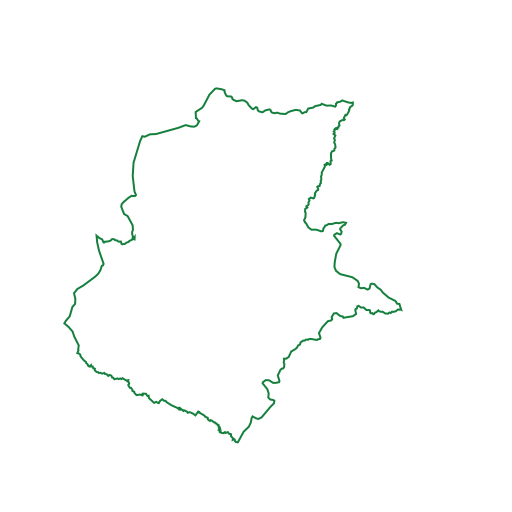 outline of Luiza, Kasaï-Occidental, Democratic Republic of the Congo, rotated 113°
{"feature_id": "63176286B81146580347594", "entity_name": "Luiza", "entity_type": "district", "adm_level": 2, "iso_a3": "COD", "parent_name": "Democratic Republic of the Congo", "parent_adm1": "Kasaï-Occidental", "projection": "albers", "projection_center": [22.518, -7.202], "detail": "fine", "context": "isolated", "style": "outline", "palette": "green", "viewbox_px": 512, "rotation_deg": 113, "n_neighbors": 0, "source": "geoboundaries", "source_scale": "gbopen_adm2", "svg_char_len": 6136}
<svg xmlns="http://www.w3.org/2000/svg" viewBox="0 0 512 512"><g transform="rotate(113 256 256)"><path d="M248.8,101.3L244.1,105.3L244.8,107.5L242.9,110.1L242.4,117.9L240.1,124.9L238.3,128.2L237.5,132.1L235.7,135.9L236.2,138.6L237.1,139.5L241.5,138.8L243.3,140.1L243.1,143.9L244.7,147.0L244.6,149.5L241.2,150.4L239.2,152.7L237.9,159.0L239.8,171.5L238.4,176.5L235.5,179.5L231.0,181.1L222.6,183.0L213.0,182.4L211.9,182.9L206.8,192.1L205.8,192.2L203.4,190.5L203.3,186.9L202.4,186.3L200.1,186.7L198.5,189.1L197.2,189.1L193.7,187.7L192.4,186.3L190.3,186.1L190.9,189.1L193.5,192.7L194.1,195.0L195.1,196.5L197.0,198.7L198.2,201.8L199.6,202.5L201.0,204.2L202.6,204.2L203.9,204.7L206.8,204.2L207.8,205.5L208.2,210.8L210.1,215.3L209.2,219.0L206.4,222.6L205.8,224.3L205.2,224.5L204.5,225.7L200.8,225.7L196.8,227.2L196.1,228.2L193.3,229.1L191.4,227.7L190.7,229.0L190.2,229.0L189.0,227.9L187.9,227.7L186.4,228.6L183.8,228.5L182.9,229.6L180.9,228.5L180.5,225.5L179.9,225.2L177.8,225.3L177.1,225.7L176.5,225.4L175.1,226.3L172.0,225.6L170.9,224.6L169.5,225.2L168.5,226.6L167.7,226.4L166.8,224.8L164.6,225.2L163.7,224.7L161.5,225.8L160.4,225.6L157.3,227.2L155.6,227.2L153.4,228.1L146.9,227.5L145.2,228.5L144.4,227.5L144.8,225.9L143.7,227.4L142.7,227.2L142.4,226.4L143.3,223.9L142.1,223.2L139.8,224.4L139.2,224.4L138.5,223.7L137.3,224.8L132.3,227.1L130.0,226.9L128.7,225.4L127.8,225.2L126.6,225.7L125.0,225.2L122.3,226.8L121.0,228.4L118.4,228.7L117.2,230.1L114.1,230.0L113.4,232.2L112.7,231.6L111.7,231.8L111.1,233.1L109.7,232.6L108.9,233.3L107.9,232.9L107.5,231.1L106.6,231.9L105.7,230.3L104.4,230.8L103.4,230.1L101.5,231.4L99.4,231.5L97.1,229.6L96.6,228.1L95.6,227.7L94.7,229.1L91.2,228.8L91.3,228.0L90.2,227.4L85.6,227.0L84.7,227.7L83.5,227.3L82.5,227.7L79.6,225.9L76.9,226.8L78.0,228.5L78.7,231.5L79.1,237.4L81.0,238.7L82.9,241.4L83.7,241.3L84.6,241.9L86.2,241.2L87.6,241.5L88.0,245.3L90.1,250.1L90.2,255.0L91.7,255.5L94.9,260.1L97.1,261.4L99.9,265.6L103.9,265.9L104.6,267.4L106.4,268.7L106.6,269.4L104.9,272.4L105.9,276.4L109.0,280.5L111.2,282.7L113.7,284.2L115.5,289.2L115.8,292.6L117.1,294.2L117.8,297.1L117.1,298.7L116.1,299.4L115.8,300.9L118.2,304.2L121.2,306.2L121.7,309.8L121.2,311.2L119.0,312.9L118.9,313.5L119.1,314.3L121.9,315.9L122.0,317.0L120.1,321.6L118.3,323.9L117.5,327.0L118.0,329.6L121.2,334.5L121.0,338.2L120.5,339.3L119.5,339.8L118.9,341.1L120.2,344.8L120.0,345.9L117.6,348.8L115.7,349.8L116.0,353.1L117.2,358.0L118.2,359.1L125.7,361.9L137.9,362.9L140.6,363.5L147.0,367.8L152.5,365.2L152.5,364.4L154.2,361.8L154.2,360.9L158.9,361.5L161.0,363.2L162.2,366.4L163.0,371.9L168.4,377.6L182.8,395.7L185.4,401.1L189.7,405.0L190.1,407.4L195.4,407.6L217.9,405.2L230.6,400.7L244.2,393.0L246.7,390.3L247.9,390.7L249.1,393.1L249.2,394.1L252.3,396.1L258.1,399.0L260.8,399.9L263.3,399.3L268.9,393.8L269.4,389.8L275.9,381.6L279.7,379.6L282.1,379.4L284.2,378.6L286.1,376.9L287.9,376.6L287.3,375.4L286.0,375.1L288.2,374.3L288.5,376.3L289.8,376.7L291.5,378.4L293.0,378.9L294.3,380.5L296.1,381.4L297.5,383.8L297.3,384.6L295.5,386.0L296.5,388.3L296.0,390.0L296.5,391.9L296.0,392.8L296.4,394.5L297.0,395.3L298.6,395.8L300.2,397.5L301.8,400.6L302.7,400.8L303.1,401.6L300.8,404.1L300.7,407.2L299.6,410.7L305.4,407.6L312.4,402.6L322.8,393.2L324.4,393.2L325.3,394.1L330.0,393.7L334.0,394.3L337.9,396.0L350.6,403.4L356.1,407.5L361.3,409.0L366.3,405.4L370.9,403.8L374.5,405.1L384.4,403.9L389.9,405.7L392.9,406.1L394.6,400.7L397.2,395.3L401.0,392.0L407.6,384.2L411.2,383.3L412.0,382.6L415.2,382.5L415.0,380.5L415.5,379.2L417.0,378.2L419.3,373.7L420.1,371.0L420.9,370.4L421.6,368.5L422.6,367.7L422.9,366.3L421.0,365.3L422.2,364.7L421.5,363.2L422.9,362.0L422.7,360.3L424.2,359.8L425.0,357.5L424.7,355.7L425.1,354.9L424.3,353.6L424.4,351.7L422.9,349.9L423.6,348.9L423.2,347.2L424.1,345.1L422.8,344.5L422.6,343.0L422.8,342.2L424.1,340.9L423.8,339.9L424.8,338.2L422.8,335.6L423.0,334.4L421.8,333.1L421.9,331.8L420.7,331.2L421.3,326.6L420.3,325.1L421.7,325.0L421.7,324.0L423.1,322.8L424.7,323.2L425.1,322.7L426.6,320.6L426.2,319.6L427.3,317.6L428.6,316.9L428.5,315.1L429.7,314.2L430.7,311.6L428.9,308.6L428.6,305.9L427.7,305.9L427.5,306.7L426.9,306.5L425.8,303.4L427.3,301.2L426.6,300.2L428.6,299.1L431.0,292.4L429.2,290.8L429.6,288.4L429.2,287.9L427.1,287.8L424.5,286.3L425.2,284.1L424.7,282.7L425.6,280.5L426.4,275.6L426.6,268.4L427.4,266.8L427.2,266.2L425.8,267.5L425.5,267.1L427.0,262.3L426.1,262.0L426.2,258.9L427.0,257.6L425.9,256.5L425.6,254.9L425.7,252.2L426.4,249.5L421.9,248.4L422.4,247.6L421.9,247.1L422.3,246.7L423.1,240.9L423.8,240.0L423.8,237.2L425.1,236.6L425.6,235.3L425.8,233.9L424.8,233.6L424.8,232.1L425.5,229.8L425.2,228.8L425.9,227.8L425.6,226.9L426.6,225.2L426.2,224.5L428.5,223.2L427.8,222.6L429.3,221.2L430.7,222.2L431.0,220.3L432.1,220.7L432.4,220.1L432.0,217.0L430.3,215.8L430.9,215.1L429.1,213.0L430.2,211.3L429.7,209.6L430.1,209.1L431.6,208.7L432.7,206.1L434.3,205.6L433.1,204.6L433.2,204.0L434.7,202.9L435.1,202.0L434.6,199.9L422.5,198.7L416.0,195.9L411.5,195.7L406.7,196.7L405.0,196.5L405.4,192.3L405.1,190.2L402.4,187.8L389.0,183.7L384.6,181.9L382.1,182.5L381.8,183.6L382.5,186.9L381.5,189.4L377.6,190.6L374.1,193.6L370.6,200.2L369.6,200.4L366.4,198.5L365.3,195.3L366.1,190.8L365.3,188.7L363.2,185.5L362.0,185.5L357.4,189.3L351.1,189.0L349.7,188.3L348.9,187.1L347.5,186.7L344.3,187.7L343.2,188.9L340.8,189.4L339.6,190.1L338.7,188.1L336.1,186.4L330.2,186.3L326.2,183.3L324.3,182.5L321.9,182.3L320.5,181.0L318.1,181.2L315.5,179.6L314.8,178.1L313.4,177.3L312.7,175.3L311.9,174.9L311.0,173.5L309.5,167.1L308.2,166.2L307.4,164.7L306.2,164.6L302.3,167.9L295.9,167.2L288.0,164.4L285.8,161.5L284.2,161.2L282.8,162.5L278.5,161.9L277.1,159.7L278.3,155.1L277.8,152.3L278.7,151.4L273.5,143.2L270.2,141.2L267.0,143.5L266.0,143.6L265.0,142.7L262.6,143.0L261.8,142.1L262.4,139.2L261.3,136.7L262.6,133.3L261.4,130.3L261.7,129.6L263.2,129.0L263.9,128.1L263.1,126.5L263.8,125.3L263.3,124.7L261.6,124.3L260.6,123.2L258.3,122.2L258.8,121.2L258.4,118.7L257.8,117.7L258.4,114.8L257.6,112.0L255.9,111.1L255.9,109.8L254.0,109.0L254.0,108.1L252.4,105.9L249.7,104.3L249.3,102.8L248.8,102.5L248.8,101.3Z" fill="none" stroke="#15803d" stroke-width="2"/></g></svg>